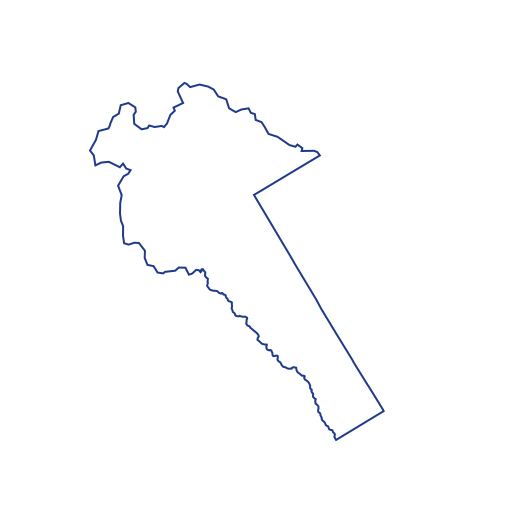 Summit, Utah, United States of America, rotated 59°
{"feature_id": "52423323B4145431150884", "entity_name": "Summit", "entity_type": "district", "adm_level": 2, "iso_a3": "USA", "parent_name": "United States of America", "parent_adm1": "Utah", "projection": "natural_earth1", "projection_center": [-110.71, 40.9], "detail": "fine", "context": "isolated", "style": "outline", "palette": "blue", "viewbox_px": 512, "rotation_deg": 59, "n_neighbors": 0, "source": "geoboundaries", "source_scale": "gbopen_adm2", "svg_char_len": 4122}
<svg xmlns="http://www.w3.org/2000/svg" viewBox="0 0 512 512"><g transform="rotate(59 256 256)"><path d="M202.7,149.5L198.5,149.9L195.7,152.1L189.5,162.8L187.4,160.7L181.8,163.1L182.7,165.9L178.1,170.2L165.0,176.1L157.8,182.4L150.1,182.1L144.1,182.3L139.2,186.2L133.8,183.9L130.6,186.7L125.6,186.3L122.9,193.1L122.2,199.3L115.5,203.0L106.3,200.8L99.7,206.2L91.6,206.5L86.2,209.7L80.0,216.0L77.3,225.5L72.7,226.8L70.8,228.2L72.1,236.0L74.6,238.3L87.3,239.7L86.3,250.2L89.7,250.8L90.9,256.6L96.6,264.1L98.1,268.5L96.0,269.8L93.2,276.5L89.1,280.4L90.5,283.1L88.5,288.8L80.0,292.3L71.9,288.1L70.4,284.7L66.4,282.9L59.1,286.6L57.1,294.3L63.3,300.3L63.3,306.9L67.4,312.6L68.8,314.0L70.7,316.8L67.8,326.7L69.7,328.7L74.1,333.5L80.1,344.0L86.2,343.2L95.6,347.0L96.2,340.5L99.5,333.6L109.8,327.0L108.3,322.4L114.2,322.2L117.8,319.3L119.7,323.2L119.5,328.4L124.7,338.0L134.7,339.8L140.5,345.0L149.6,350.7L156.2,353.6L161.9,354.5L169.9,359.4L177.1,362.5L180.6,359.4L182.0,353.4L184.5,349.7L194.3,348.5L200.3,352.4L207.7,353.6L212.0,349.0L219.5,348.9L223.1,344.5L222.7,342.2L227.0,332.8L226.1,328.2L229.7,322.5L237.4,323.1L238.2,319.9L237.1,314.4L238.6,312.4L240.1,312.0L241.3,311.9L241.2,311.2L240.8,310.4L239.9,310.3L239.5,309.8L239.5,308.8L240.1,308.3L242.1,308.2L243.9,307.9L244.7,308.5L245.6,309.1L246.5,309.8L247.8,309.9L249.2,309.6L249.9,309.2L250.8,309.0L251.3,309.4L252.2,310.0L253.0,310.8L254.1,311.0L255.2,312.0L256.1,313.1L257.3,313.3L258.5,313.1L259.6,313.0L260.7,312.9L261.7,312.5L262.4,311.7L263.6,310.7L264.4,309.5L265.2,308.4L266.0,307.5L266.6,307.1L267.8,307.0L268.8,306.5L269.7,305.8L270.1,305.5L270.4,304.7L270.2,304.4L270.5,303.9L271.0,303.8L272.3,303.7L273.0,302.8L273.7,302.3L274.5,302.4L275.4,302.9L276.5,302.9L277.5,302.6L278.2,302.5L279.2,302.8L280.3,302.8L280.8,302.5L281.5,301.8L282.1,301.4L282.7,300.9L283.4,300.6L284.2,301.2L285.2,301.7L286.2,302.2L287.1,302.6L287.7,303.3L288.4,303.9L289.3,304.0L290.4,304.1L291.3,304.5L292.0,304.7L292.9,304.3L293.9,303.9L294.9,303.9L295.7,304.1L296.2,304.2L296.9,304.1L297.1,303.8L297.8,303.2L298.4,302.5L298.9,301.7L298.9,300.8L299.7,300.2L300.7,299.3L301.5,298.2L302.1,297.0L302.7,296.3L303.7,295.8L304.3,295.5L305.0,295.7L305.4,296.2L305.9,296.9L306.8,297.5L307.6,298.1L308.4,298.6L308.9,299.2L309.8,299.2L310.9,299.2L312.0,298.5L312.9,297.9L313.7,297.6L314.5,297.8L322.5,295.0L324.2,294.7L325.5,294.8L326.3,295.0L326.8,296.0L327.6,297.2L328.6,297.9L330.8,297.1L331.9,296.8L332.8,296.6L333.7,296.3L334.6,295.9L335.5,294.9L336.5,294.0L336.9,293.2L337.4,292.4L338.0,292.6L339.1,293.9L340.7,294.6L342.2,294.5L343.7,293.3L343.8,292.4L344.3,291.8L345.0,291.5L345.4,291.8L346.5,291.8L347.6,291.9L348.7,292.5L349.6,292.9L350.8,292.7L351.4,291.2L351.8,289.9L352.2,289.3L353.0,288.9L353.7,289.3L354.9,290.1L355.5,290.8L356.3,291.0L357.4,291.0L358.6,290.5L359.3,290.1L360.0,289.9L360.7,290.0L361.6,290.0L362.8,290.2L363.7,290.0L364.4,289.7L365.0,289.7L365.7,289.0L366.8,287.9L368.0,287.4L369.0,286.5L369.7,285.7L370.2,284.6L370.9,283.5L370.4,282.6L370.6,281.2L371.9,279.7L372.5,279.1L373.4,279.5L374.3,279.9L376.0,280.3L378.0,279.9L379.1,279.3L380.6,278.8L382.2,278.3L383.3,276.6L384.1,276.2L384.7,276.6L384.9,277.2L385.6,277.6L387.0,277.7L388.2,277.1L390.4,276.2L392.6,276.0L394.9,276.3L395.9,276.9L397.1,277.6L398.6,277.5L399.2,277.1L400.1,277.6L400.4,278.1L402.1,278.4L403.2,277.9L404.3,278.4L405.1,279.2L406.3,279.6L407.8,279.3L408.8,278.9L409.3,278.5L409.6,278.6L410.2,279.3L410.8,280.0L411.7,280.2L413.2,281.0L414.3,280.5L415.5,280.1L417.0,280.0L418.6,280.7L419.5,281.6L420.0,282.1L421.9,282.9L423.8,282.1L424.8,282.2L425.6,282.8L426.9,282.9L428.6,283.0L429.7,283.7L430.8,283.8L432.0,283.5L433.1,283.0L434.4,282.9L435.8,283.1L437.0,283.2L438.2,282.6L439.4,281.9L440.8,282.3L442.3,282.5L443.5,281.6L444.0,280.9L444.9,280.2L445.5,280.5L446.9,280.7L448.3,280.2L449.4,280.2L450.2,280.8L450.8,281.5L451.7,282.0L452.8,282.0L454.3,282.2L454.9,282.1L454.7,226.5L453.3,226.3L443.2,226.4L425.6,226.6L424.6,226.7L397.6,227.1L394.5,226.9L364.3,227.2L334.2,227.3L324.8,226.8L282.5,226.8L273.9,226.6L202.6,226.3L202.7,149.5Z" fill="none" stroke="#1e3a8a" stroke-width="2"/></g></svg>